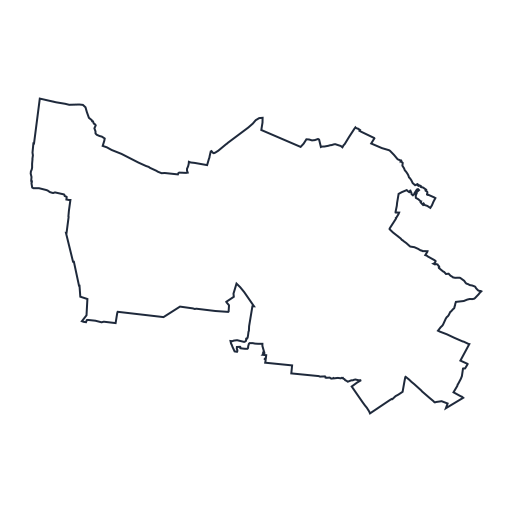 Topolog, Tulcea, Romania (Natural Earth projection)
{"feature_id": "2599482B94952153685810", "entity_name": "Topolog", "entity_type": "district", "adm_level": 2, "iso_a3": "ROU", "parent_name": "Romania", "parent_adm1": "Tulcea", "projection": "natural_earth1", "projection_center": [28.367, 44.857], "detail": "fine", "context": "isolated", "style": "outline", "palette": "slate", "viewbox_px": 512, "rotation_deg": 0, "n_neighbors": 0, "source": "geoboundaries", "source_scale": "gbopen_adm2", "svg_char_len": 5986}
<svg xmlns="http://www.w3.org/2000/svg" viewBox="0 0 512 512"><path d="M39.8,98.6L34.1,142.8L34.0,143.5L33.4,143.4L32.5,152.6L32.9,155.3L32.4,159.0L32.5,159.2L32.1,163.7L32.1,167.6L31.7,169.6L30.9,171.4L30.7,173.6L31.5,177.0L31.2,180.9L31.9,181.2L31.8,182.2L31.6,182.2L31.5,183.4L32.2,187.5L33.4,188.2L39.0,188.2L46.2,190.0L47.6,190.5L49.9,192.1L52.5,192.9L53.2,193.0L55.0,192.4L63.9,194.4L64.3,194.7L64.7,196.0L66.2,196.6L66.7,197.0L66.4,199.5L69.0,200.0L70.4,200.0L68.9,210.8L68.4,216.4L68.6,216.7L68.6,217.1L66.8,231.0L66.5,233.1L66.0,233.0L73.0,261.6L73.2,261.9L73.9,261.8L79.0,285.7L79.5,285.7L80.3,296.7L87.4,299.0L86.5,315.3L81.9,321.2L83.5,321.8L86.0,322.2L86.8,320.1L87.7,319.9L95.3,320.7L101.6,322.3L103.8,321.7L115.6,323.1L117.1,313.8L117.5,312.1L117.7,311.8L163.5,317.1L180.0,306.6L192.9,308.4L194.8,309.0L196.3,308.7L215.3,311.0L228.2,311.9L228.6,311.5L229.0,305.6L228.8,305.0L226.5,302.3L226.3,301.8L233.8,296.8L233.5,293.6L236.5,283.6L240.2,287.2L244.2,292.1L254.0,306.3L252.4,306.3L249.1,326.2L248.9,330.8L248.5,331.7L248.0,335.6L247.6,337.7L246.8,338.8L246.4,338.5L246.2,338.6L246.0,340.8L244.8,341.7L244.1,341.9L237.1,340.2L233.8,340.6L232.3,341.2L230.5,341.0L231.1,343.7L231.6,344.5L232.5,346.9L234.6,351.4L237.0,351.8L237.4,350.9L237.2,349.6L236.8,348.9L236.9,347.0L240.1,346.8L240.4,347.2L240.3,348.1L240.6,348.3L245.0,348.8L247.4,348.8L247.9,348.3L248.1,347.5L248.2,346.2L248.9,343.8L249.6,343.1L252.6,343.1L255.0,343.6L258.1,343.8L262.4,343.8L262.4,345.9L263.9,351.3L263.5,351.8L263.2,352.6L264.3,352.6L264.4,353.1L262.7,354.8L266.2,355.2L265.8,358.7L264.8,358.7L264.7,359.1L265.4,359.6L265.6,360.6L265.2,362.7L292.1,365.4L291.3,373.4L318.8,376.1L320.0,376.6L325.0,376.4L325.4,376.8L325.5,377.6L326.1,377.8L329.7,377.6L331.2,378.6L332.4,378.5L333.5,378.0L333.8,378.4L337.8,377.9L340.8,378.3L341.8,377.8L342.4,378.0L342.9,377.9L343.2,378.6L344.5,379.2L345.2,380.2L346.5,380.8L347.8,381.7L351.4,380.3L352.8,380.3L354.0,379.8L355.4,379.5L358.7,380.3L361.1,380.2L357.2,382.5L351.7,386.5L362.5,402.1L364.9,405.4L366.8,407.7L369.2,411.5L370.0,413.4L389.8,400.1L391.6,399.0L391.9,399.2L392.3,399.2L395.6,396.1L398.4,394.6L402.6,391.8L404.5,381.1L405.3,377.1L405.6,376.8L409.0,379.5L411.5,381.9L414.2,384.1L421.4,390.6L421.9,391.3L429.3,397.7L433.5,401.2L434.3,402.1L434.9,402.4L436.1,402.0L441.6,401.2L447.6,403.5L445.9,408.2L463.2,397.8L461.9,396.7L460.6,396.2L453.5,392.3L457.3,385.9L457.7,384.4L458.1,384.0L460.9,378.7L461.9,376.1L463.0,368.6L463.2,368.4L464.5,368.5L465.1,368.4L467.6,364.2L467.6,363.9L460.4,360.6L469.3,344.1L468.4,343.9L463.6,341.6L462.8,341.5L454.3,337.8L446.9,334.3L439.8,331.6L438.0,330.7L440.6,327.3L442.3,325.7L443.0,324.7L445.8,318.6L446.7,317.2L447.9,316.2L448.7,315.1L450.3,311.9L451.0,311.5L453.1,309.1L454.1,308.3L454.4,307.7L454.6,306.2L455.0,305.7L455.2,304.1L455.9,301.9L463.8,301.0L467.2,299.6L469.7,299.0L472.4,299.1L474.2,298.7L474.9,298.2L478.8,294.1L479.4,293.2L481.3,291.3L480.7,291.0L479.3,290.9L478.1,290.4L476.1,288.3L475.3,286.9L474.8,286.5L472.2,285.5L469.8,285.1L468.0,284.1L466.4,283.6L465.5,282.7L464.2,280.8L460.2,277.9L459.3,277.7L455.1,277.8L453.0,277.4L452.5,276.9L450.5,275.7L448.6,273.7L446.0,274.0L444.2,272.0L443.0,271.4L438.9,268.0L438.8,267.7L439.3,267.1L439.1,266.4L438.2,265.6L437.6,264.5L436.2,264.1L434.9,264.4L433.5,263.7L434.4,263.3L435.5,261.7L435.6,261.1L434.7,260.3L427.7,256.4L426.9,255.7L425.3,255.1L427.4,251.7L427.5,251.2L422.4,251.1L421.7,250.5L420.6,250.4L418.2,248.9L414.4,247.2L410.5,246.6L410.0,246.4L406.2,243.0L403.4,241.0L402.6,240.2L401.8,239.9L400.8,238.6L392.9,232.4L389.6,229.2L389.6,228.6L390.2,227.6L396.0,218.6L395.9,218.0L396.2,217.9L398.4,214.3L399.1,212.6L395.6,212.5L395.5,212.2L396.8,205.8L397.1,202.8L398.6,193.9L401.9,192.1L406.7,190.1L407.5,190.9L409.3,192.2L409.7,192.0L410.1,190.7L410.4,190.6L411.4,192.9L411.6,194.2L412.9,195.3L414.2,194.1L414.5,193.2L416.4,190.2L417.1,189.4L418.0,189.1L419.0,190.1L416.5,192.3L416.7,193.3L416.3,194.0L415.7,195.9L415.9,197.9L418.4,199.3L420.6,201.3L421.0,201.4L420.6,202.1L421.1,202.5L421.1,202.9L423.2,205.1L423.5,205.0L423.1,204.0L423.6,203.5L424.6,205.0L427.3,205.9L430.3,207.9L431.9,205.4L433.5,201.6L435.4,198.1L434.2,197.4L428.8,195.0L428.0,195.0L427.0,194.5L427.0,194.1L427.4,193.3L427.3,192.0L427.0,191.5L425.6,190.7L425.5,190.2L426.0,189.6L423.6,187.9L422.6,187.3L421.8,187.3L421.3,187.0L420.7,186.9L420.6,186.5L420.8,186.1L419.6,185.4L418.6,185.9L417.4,185.1L417.5,184.8L418.0,184.6L417.5,184.1L415.1,185.2L412.7,183.1L411.4,180.4L410.0,178.3L409.0,177.4L408.4,175.5L407.5,173.8L406.0,171.6L404.8,170.3L404.1,168.4L402.4,165.7L402.7,162.9L401.8,162.1L401.3,160.8L400.5,161.4L400.4,160.6L399.8,160.0L398.5,159.7L397.5,159.1L394.0,154.9L390.0,150.8L389.0,150.2L381.9,148.1L371.2,143.5L374.4,138.3L374.2,138.0L361.3,131.8L359.5,130.8L360.0,130.0L358.1,128.7L357.7,128.7L355.7,127.8L355.4,127.4L354.3,128.9L349.1,136.9L344.7,144.1L343.6,145.2L342.4,147.3L340.8,146.0L335.3,144.2L334.1,144.3L331.5,145.1L330.3,145.2L328.3,145.8L324.5,146.5L321.8,146.6L320.9,147.0L319.1,139.6L318.0,139.0L314.8,140.1L312.0,140.4L309.1,139.5L306.4,139.3L303.6,143.7L300.6,146.9L261.3,130.0L262.5,122.6L262.6,117.8L259.2,118.1L255.7,120.2L252.8,123.6L248.2,127.6L227.6,143.0L227.3,143.4L226.0,144.3L218.3,150.7L215.3,152.6L213.8,153.2L212.8,152.7L211.5,151.1L210.8,150.6L210.9,150.8L209.6,156.3L209.4,157.7L209.0,158.6L207.1,165.1L194.6,162.9L190.8,162.5L188.9,161.8L188.7,163.9L188.1,166.3L187.0,168.8L187.0,170.6L187.7,172.6L186.0,172.9L179.2,172.6L178.4,173.1L177.9,174.4L164.7,173.0L161.6,173.2L157.8,171.7L156.4,170.8L149.9,167.8L148.7,166.9L146.0,166.0L138.5,162.6L121.5,153.9L111.7,150.0L106.8,147.3L102.7,145.9L104.3,140.7L104.7,138.5L101.8,136.6L99.5,136.0L96.8,134.8L95.7,133.7L95.5,133.3L95.5,131.4L94.4,128.3L95.7,125.4L95.3,124.6L94.6,124.0L93.8,123.6L93.0,121.4L92.2,121.3L91.7,120.1L88.9,117.8L86.8,111.9L85.5,107.3L82.9,104.9L79.4,104.5L69.2,104.8L65.2,103.8L56.1,102.3L39.8,98.6Z" fill="none" stroke="#1e293b" stroke-width="2"/></svg>